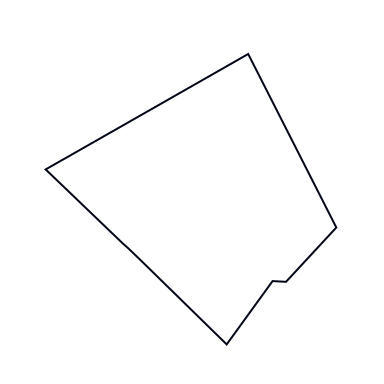 Lagoa de Velhos, Rio Grande do Norte, Brazil (Robinson projection), rotated 9°
{"feature_id": "56859067B16682382459596", "entity_name": "Lagoa de Velhos", "entity_type": "district", "adm_level": 2, "iso_a3": "BRA", "parent_name": "Brazil", "parent_adm1": "Rio Grande do Norte", "projection": "robinson", "projection_center": [-35.857, -6.01], "detail": "fine", "context": "isolated", "style": "outline", "palette": "ink", "viewbox_px": 384, "rotation_deg": 9, "n_neighbors": 0, "source": "geoboundaries", "source_scale": "gbopen_adm2", "svg_char_len": 303}
<svg xmlns="http://www.w3.org/2000/svg" viewBox="0 0 384 384"><g transform="rotate(9 192 192)"><path d="M43.9,192.6L131.9,253.8L137.0,257.0L151.5,267.1L250.1,337.1L285.5,267.4L298.9,266.0L340.1,204.5L225.9,46.9L164.6,96.0L97.3,149.9L43.9,192.6Z" fill="none" stroke="#020617" stroke-width="2"/></g></svg>